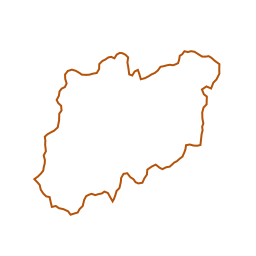 Manhumirim, Minas Gerais, Brazil (Equal Earth projection), rotated 350°
{"feature_id": "56859067B26961543246677", "entity_name": "Manhumirim", "entity_type": "district", "adm_level": 2, "iso_a3": "BRA", "parent_name": "Brazil", "parent_adm1": "Minas Gerais", "projection": "equal_earth", "projection_center": [-41.937, -20.349], "detail": "fine", "context": "isolated", "style": "outline", "palette": "amber", "viewbox_px": 256, "rotation_deg": 350, "n_neighbors": 0, "source": "geoboundaries", "source_scale": "gbopen_adm2", "svg_char_len": 2024}
<svg xmlns="http://www.w3.org/2000/svg" viewBox="0 0 256 256"><g transform="rotate(350 128 128)"><path d="M56.4,203.4L60.1,202.9L63.8,202.5L66.2,199.5L69.9,196.9L72.3,191.3L74.9,187.9L77.6,187.0L80.7,186.5L84.1,188.4L87.6,188.0L91.0,187.9L93.7,186.5L96.9,188.5L98.5,193.2L100.1,197.6L102.0,195.2L103.8,192.1L105.8,188.0L109.1,185.7L111.4,180.3L112.6,176.0L115.6,172.4L119.4,172.4L121.7,176.8L124.6,179.5L126.0,182.7L128.7,184.4L132.7,184.4L135.3,180.5L138.5,177.2L139.8,172.4L142.4,171.1L145.0,170.0L149.0,168.9L152.3,172.7L154.8,174.5L158.7,173.3L162.4,173.3L165.0,171.7L167.4,170.1L170.6,169.1L173.4,167.3L176.7,165.6L179.3,161.7L180.9,158.8L182.2,155.0L186.0,155.0L189.6,156.7L193.2,157.5L196.4,157.3L197.8,152.5L199.4,146.9L201.1,143.2L201.2,139.7L203.0,136.6L202.9,131.6L203.8,125.6L206.0,120.9L209.5,118.4L211.1,110.7L208.6,108.0L207.5,102.9L212.5,100.7L216.7,103.5L219.9,98.2L223.5,95.6L227.4,90.4L228.1,85.8L229.1,81.0L225.3,77.1L222.3,73.3L220.0,71.3L217.1,71.2L213.5,70.6L209.7,67.2L206.8,64.5L203.4,63.3L200.1,63.6L196.9,62.2L194.2,64.8L191.5,65.9L190.3,69.4L188.6,72.8L185.8,73.6L183.1,74.0L180.2,73.0L177.5,73.0L174.0,73.3L170.6,73.4L167.3,76.6L163.9,78.5L160.7,79.2L157.4,80.6L153.2,81.9L149.1,82.2L148.5,76.7L147.8,72.5L144.4,73.5L141.3,77.0L138.5,75.4L138.8,69.0L138.8,63.4L140.4,58.5L138.2,55.4L135.5,53.4L132.9,52.6L129.6,53.8L126.7,57.0L123.8,55.0L120.8,55.1L117.9,56.5L114.3,57.6L110.8,60.1L109.8,64.9L106.8,68.4L102.5,68.4L99.3,68.8L96.0,68.4L91.9,67.5L89.7,65.3L86.5,62.6L82.9,60.8L78.6,61.4L75.3,64.4L74.7,68.8L75.3,73.4L73.0,76.7L69.5,77.7L67.0,80.0L65.5,84.3L62.6,88.0L63.6,91.3L66.0,94.5L65.6,99.2L62.8,102.0L61.5,108.4L58.9,115.2L54.6,117.9L50.9,119.0L47.4,120.3L44.6,122.1L44.4,126.2L43.5,130.0L43.1,136.6L40.2,140.4L40.6,145.1L39.8,148.6L38.4,151.5L37.1,155.3L34.4,157.7L30.8,160.2L26.9,162.1L29.3,165.7L31.1,168.7L31.4,173.7L33.2,177.8L35.5,181.1L38.8,182.4L39.0,187.5L39.3,192.5L43.4,192.3L46.1,195.0L50.3,196.7L54.5,199.6L56.4,203.4Z" fill="none" stroke="#b45309" stroke-width="2"/></g></svg>